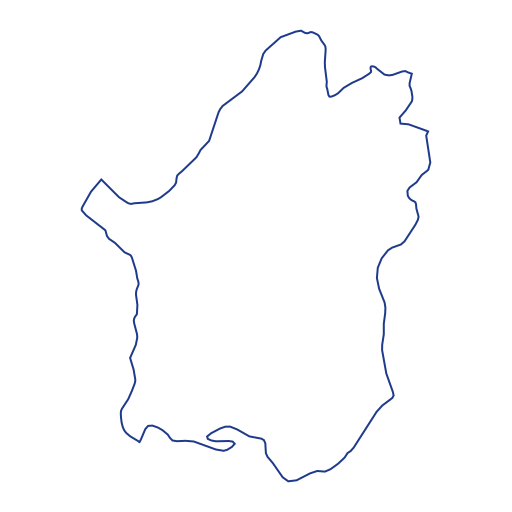 the border of Paktika
{"feature_id": "AFG-1759", "entity_name": "Paktika", "entity_type": "Province", "adm_level": 1, "iso_a3": "AFG", "parent_name": "Afghanistan", "parent_adm1": "", "projection": "albers", "projection_center": [68.71, 32.511], "detail": "fine", "context": "isolated", "style": "outline", "palette": "blue", "viewbox_px": 512, "rotation_deg": 0, "n_neighbors": 0, "source": "natural_earth", "source_scale": "10m", "svg_char_len": 3048}
<svg xmlns="http://www.w3.org/2000/svg" viewBox="0 0 512 512"><path d="M392.8,397.0L392.4,397.9L382.3,405.5L376.6,411.8L353.7,447.6L350.7,451.0L347.5,453.1L344.7,457.5L338.1,463.7L330.5,469.2L324.9,471.6L317.2,471.0L310.0,473.4L296.6,480.3L288.3,481.3L282.7,477.3L272.9,463.2L267.5,456.8L265.9,453.2L265.3,443.2L263.9,440.1L261.2,438.6L249.4,436.4L237.1,429.4L230.0,426.6L225.3,426.7L220.3,428.4L211.2,433.2L207.1,436.5L207.8,438.9L211.4,440.5L216.0,441.3L228.7,441.0L232.7,441.6L234.7,443.8L231.9,446.9L227.4,449.7L223.7,450.8L215.9,449.5L193.8,441.5L185.5,440.8L177.1,441.2L172.5,440.5L169.9,437.8L167.8,434.6L162.4,430.1L157.8,427.5L152.4,425.6L148.1,425.9L145.3,429.1L140.8,439.7L139.5,442.1L139.4,442.1L138.0,441.0L130.2,436.3L126.5,433.2L124.9,431.3L123.8,429.4L122.8,427.1L122.2,424.9L121.6,422.4L121.0,417.4L120.8,413.6L120.9,412.1L121.1,410.7L121.9,408.8L128.2,399.2L132.0,390.6L134.6,383.8L135.2,381.5L135.3,380.7L135.2,378.9L133.6,369.6L130.1,357.9L135.8,344.9L137.2,338.0L137.2,335.9L136.9,333.7L134.2,323.4L133.8,320.5L134.2,318.5L134.9,317.0L136.9,314.1L137.4,304.9L136.0,294.7L136.1,292.0L136.7,289.4L138.5,284.8L138.6,283.2L138.2,281.2L137.3,278.5L136.0,270.7L131.9,257.6L131.1,256.0L130.4,255.2L129.7,254.7L125.3,252.7L124.2,252.0L115.0,242.9L109.0,238.8L107.0,236.1L105.4,230.3L86.2,215.4L81.8,210.4L81.7,209.2L81.9,208.2L82.5,206.7L91.0,191.7L101.3,179.5L119.1,197.3L127.6,202.9L129.7,203.7L131.3,203.9L134.0,203.3L146.7,202.4L152.2,201.3L157.8,199.1L160.6,197.5L169.1,191.0L174.6,185.3L176.1,182.6L176.5,178.7L177.0,176.3L177.4,175.3L179.4,173.4L182.0,171.2L196.4,157.3L199.0,153.0L200.5,150.0L209.1,140.9L218.6,112.2L220.2,109.1L222.7,105.9L242.1,91.4L254.5,77.2L256.9,73.6L258.9,69.5L260.3,65.4L261.2,60.9L263.3,53.9L265.7,50.5L280.2,37.6L280.6,37.2L295.8,31.6L301.1,30.7L305.0,32.9L307.1,33.3L308.7,32.9L310.2,32.2L311.4,32.1L312.5,32.3L317.1,34.4L318.2,35.2L319.1,36.2L321.3,40.5L324.6,45.0L325.3,46.4L325.6,48.1L325.6,50.6L324.8,62.3L325.0,67.3L326.8,81.9L326.7,83.3L326.5,84.5L326.5,86.6L327.3,89.3L328.4,94.9L329.4,96.6L330.0,96.7L330.7,96.7L332.0,96.4L335.1,95.1L338.0,93.3L343.6,87.9L352.0,82.9L362.2,78.2L369.2,73.7L371.0,72.0L371.1,71.3L371.0,70.6L370.8,69.8L370.6,68.8L370.6,67.3L371.0,66.6L371.6,66.3L372.9,66.4L374.3,66.7L375.1,67.1L376.0,67.7L376.5,68.3L378.2,69.7L384.5,74.6L388.8,75.4L392.6,74.9L402.1,71.5L405.4,71.1L406.8,71.8L407.7,72.3L411.8,73.7L409.6,83.2L409.6,86.0L409.9,86.6L410.7,88.5L411.5,91.1L412.4,96.9L412.3,99.5L411.7,101.6L405.7,110.5L399.5,117.6L400.5,123.6L408.5,124.3L428.1,131.4L426.2,135.6L430.3,162.5L428.3,169.7L427.1,170.8L421.7,175.0L416.6,182.2L409.6,187.5L407.4,190.9L407.8,195.7L408.9,197.7L410.4,199.3L412.2,200.5L414.0,201.3L415.4,202.3L416.0,204.2L416.4,208.6L418.6,216.7L417.9,219.8L415.4,224.7L404.5,241.4L400.9,244.5L392.2,247.6L388.0,250.3L381.7,258.3L377.8,267.7L376.9,278.0L379.1,288.7L384.6,302.5L385.4,307.7L385.2,313.1L383.8,323.7L383.8,334.2L382.2,344.7L382.1,350.1L386.3,373.5L393.0,392.3L393.6,395.6L392.8,397.0Z" fill="none" stroke="#1e3a8a" stroke-width="2"/></svg>